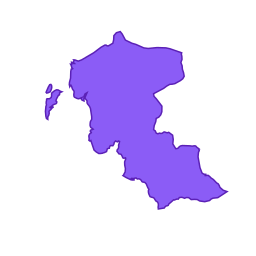 outline of Pwani, rotated 162°
{"feature_id": "TZA-3382", "entity_name": "Pwani", "entity_type": "Region", "adm_level": 1, "iso_a3": "TZA", "parent_name": "United Republic of Tanzania", "parent_adm1": "", "projection": "albers", "projection_center": [38.969, -7.175], "detail": "fine", "context": "isolated", "style": "filled", "palette": "violet", "viewbox_px": 256, "rotation_deg": 162, "n_neighbors": 0, "source": "natural_earth", "source_scale": "10m", "svg_char_len": 4561}
<svg xmlns="http://www.w3.org/2000/svg" viewBox="0 0 256 256"><g transform="rotate(162 128 128)"><path d="M169.0,128.5L168.5,129.2L168.1,130.5L167.9,131.7L167.6,132.7L166.8,133.7L165.9,134.4L165.4,134.6L164.8,134.7L164.3,134.9L164.3,135.4L164.7,136.0L164.9,136.6L164.4,137.4L163.5,137.6L162.3,137.5L161.5,137.6L162.2,138.7L162.9,139.5L163.3,140.4L163.3,142.0L163.0,143.0L162.4,144.5L161.7,145.8L159.8,147.5L159.0,150.2L157.7,158.0L157.8,159.5L158.1,161.0L159.0,163.3L159.2,164.6L158.8,165.7L158.6,166.7L159.6,169.3L159.3,170.5L156.1,174.2L158.3,173.7L159.8,172.0L160.9,169.6L161.5,167.3L162.5,168.2L163.4,169.2L163.5,170.2L162.4,171.2L165.0,171.0L166.2,171.1L167.5,172.0L169.4,173.9L169.6,174.9L169.2,176.6L168.1,178.9L168.0,179.8L168.8,182.3L168.8,185.1L169.1,186.4L170.2,185.7L170.6,185.3L170.4,187.5L169.5,189.6L167.2,193.2L164.9,199.6L163.8,201.5L163.3,201.3L163.1,201.3L162.9,201.4L162.3,201.5L162.8,202.6L162.7,205.1L162.9,206.4L161.9,205.9L161.8,206.5L161.4,207.9L160.3,206.6L159.7,206.1L159.0,205.9L159.6,207.0L159.6,207.8L159.1,208.4L158.1,208.8L158.4,209.5L157.4,209.1L154.7,207.0L151.2,207.1L137.5,210.1L128.8,213.1L124.4,214.0L123.2,213.6L122.5,212.6L121.2,212.2L116.2,213.3L114.4,216.3L112.9,220.2L109.6,222.2L105.6,222.1L104.5,219.2L103.3,212.4L98.1,207.4L94.7,205.1L88.2,199.3L84.2,197.4L75.5,195.5L67.2,192.5L63.6,190.4L53.7,182.9L54.3,182.1L54.5,181.3L54.6,179.7L55.4,176.7L55.6,176.3L56.0,175.8L56.3,175.5L56.5,175.4L56.8,174.8L57.2,174.2L57.5,173.9L57.3,170.4L58.1,167.1L58.1,163.3L58.6,159.8L60.7,157.9L63.5,156.9L69.7,155.7L72.3,156.0L74.8,156.6L78.3,155.9L81.8,154.7L93.1,152.7L93.5,150.1L92.1,147.1L89.0,138.3L90.8,133.0L92.8,130.4L95.4,128.8L98.2,128.4L99.7,125.4L102.3,122.2L104.1,118.6L103.6,117.7L103.0,116.9L102.7,114.3L101.4,113.3L99.6,113.4L98.5,112.7L97.1,112.4L96.0,112.8L94.9,113.1L94.1,112.7L93.4,112.1L92.1,111.3L90.6,111.3L87.8,107.4L88.5,103.2L90.3,99.0L89.0,93.6L87.8,93.3L86.5,93.4L85.7,93.8L85.0,94.4L83.4,94.7L81.7,94.5L74.6,91.9L72.5,90.9L70.5,90.6L69.2,90.0L68.5,88.4L67.6,87.2L66.9,86.1L67.2,86.1L67.2,84.5L68.5,83.1L70.3,78.9L71.8,68.0L71.5,62.3L70.2,60.7L68.4,59.9L68.9,59.2L69.9,59.0L68.3,58.7L66.4,58.2L65.3,56.6L64.5,54.9L62.7,52.6L60.7,48.4L59.5,47.1L59.0,45.1L58.9,43.1L56.7,39.4L53.4,36.9L64.1,34.0L68.9,35.0L71.0,34.7L72.8,33.8L77.8,34.2L82.3,36.4L84.3,38.6L86.9,39.6L90.0,40.4L91.8,43.0L93.8,43.8L96.0,43.7L97.1,44.7L98.3,45.5L100.7,46.0L101.4,45.4L102.2,44.8L103.4,45.3L104.9,45.3L105.9,45.1L106.8,45.6L110.9,43.8L112.4,43.3L113.7,42.0L114.7,41.9L115.7,42.1L117.1,41.6L118.2,40.7L124.2,41.6L123.8,43.5L123.1,44.9L122.6,46.5L122.7,48.2L122.9,48.6L123.8,49.7L124.1,50.1L124.8,52.9L125.1,53.6L125.5,54.0L127.1,55.0L128.2,55.9L128.3,56.4L128.6,59.1L128.4,60.8L127.9,62.3L127.1,63.3L127.6,65.1L127.9,69.1L128.7,70.9L129.5,71.5L130.4,71.9L131.1,72.4L131.4,73.1L131.5,73.8L131.8,74.6L132.3,75.4L132.9,76.0L133.3,76.3L133.6,76.4L134.6,76.5L135.0,76.7L135.3,77.2L135.5,77.6L135.8,78.0L136.7,78.1L138.7,78.3L139.4,78.7L140.2,79.0L140.9,78.7L140.9,78.1L140.2,77.9L139.1,77.4L137.7,76.5L139.7,77.1L141.2,77.8L145.1,81.5L147.5,84.3L146.8,84.6L145.6,85.9L144.3,87.1L143.0,90.2L142.6,93.7L141.7,96.8L139.7,99.3L139.6,100.4L141.3,100.5L142.2,101.3L142.2,102.6L142.7,105.1L144.7,106.3L145.1,107.8L145.7,109.3L145.0,110.6L143.5,111.5L142.7,112.9L142.3,114.6L141.1,116.2L140.2,117.8L141.1,118.6L142.4,118.1L143.9,119.5L145.5,118.5L146.5,116.9L147.9,115.8L149.0,116.3L150.3,116.7L151.3,115.8L152.0,114.5L153.0,114.7L154.1,114.6L155.7,112.2L158.1,111.9L159.0,112.0L160.0,111.9L161.8,112.2L163.6,112.7L165.6,115.0L167.1,117.5L167.2,127.6L168.2,127.3L169.0,128.4L169.0,128.5ZM201.6,161.0L202.6,162.2L202.5,164.5L201.4,169.3L199.4,173.9L198.4,175.2L198.3,175.8L198.3,176.2L198.2,176.7L197.7,178.1L197.5,178.5L196.9,179.4L196.8,179.9L196.4,180.7L195.6,180.7L193.6,180.1L191.6,180.8L190.7,182.3L190.2,184.0L189.6,184.9L186.8,186.0L185.3,186.3L184.2,186.4L182.7,185.8L180.9,183.8L179.7,182.9L180.4,182.8L181.6,182.7L182.2,182.5L182.2,182.3L182.4,181.8L182.6,181.3L182.9,180.8L183.3,180.6L183.8,180.7L184.2,180.5L187.2,177.6L188.2,176.0L187.6,175.1L188.0,174.0L188.8,173.4L189.9,173.3L191.2,173.3L192.4,173.0L194.6,172.0L195.8,171.8L195.4,171.2L194.7,171.1L192.9,171.3L192.9,170.8L193.8,170.6L194.5,170.2L195.8,169.3L197.3,168.7L198.0,168.2L198.4,166.3L199.0,165.3L199.7,164.3L200.3,163.9L200.7,163.6L201.4,161.7L201.6,161.0ZM190.7,186.5L192.9,186.2L194.5,186.3L194.9,187.3L194.1,188.2L191.2,191.5L189.1,193.4L187.9,193.3L187.5,192.2L187.9,190.3L188.7,188.8L190.7,186.5Z" fill="#8b5cf6" stroke="#5b21b6" stroke-width="1.5"/></g></svg>